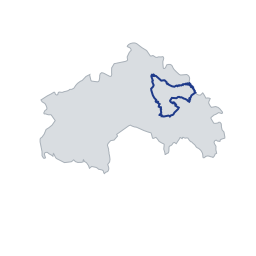 Kankan, Kankan, Guinea (highlighted), rotated 325°
{"feature_id": "49546643B29721322070698", "entity_name": "Kankan", "entity_type": "district", "adm_level": 2, "iso_a3": "GIN", "parent_name": "Guinea", "parent_adm1": "Kankan", "projection": "robinson", "projection_center": [-9.056, 10.226], "detail": "medium", "context": "in_parent", "style": "outline", "palette": "blue", "viewbox_px": 256, "rotation_deg": 325, "n_neighbors": 0, "source": "geoboundaries", "source_scale": "gbopen_adm2", "svg_char_len": 5429}
<svg xmlns="http://www.w3.org/2000/svg" viewBox="0 0 256 256"><g transform="rotate(325 128 128)"><path d="M153.3,167.0L151.5,166.7L150.7,167.1L148.3,170.3L146.9,171.5L144.6,171.1L143.8,171.3L143.2,171.0L144.1,169.2L145.2,165.8L148.2,162.3L148.2,161.6L147.0,159.5L145.8,156.8L145.8,153.8L145.5,151.7L142.9,151.1L142.4,150.7L142.4,150.0L143.8,146.3L144.0,145.5L143.8,144.8L142.2,142.9L139.7,139.4L135.4,132.2L133.8,130.7L132.3,128.5L131.7,127.1L130.1,126.6L115.1,126.7L114.8,128.6L109.7,129.9L106.5,128.4L103.0,129.2L101.3,130.2L99.9,134.4L99.2,135.3L98.4,137.2L97.7,138.2L96.9,140.3L95.3,143.3L93.5,145.2L90.5,146.2L89.5,149.3L88.8,150.5L87.7,151.4L86.4,152.0L84.0,151.4L82.6,151.9L82.4,151.1L83.2,148.7L82.6,147.4L80.2,144.8L80.0,143.6L79.3,142.0L76.2,138.7L73.3,138.9L74.1,136.2L74.1,132.5L73.1,130.5L73.4,128.5L72.8,128.6L71.9,130.0L70.3,129.5L67.1,127.4L65.6,125.3L65.4,123.5L65.0,122.8L64.1,123.1L62.1,123.1L56.1,119.9L51.8,111.8L51.8,110.0L52.4,106.9L52.2,106.1L50.3,108.1L49.9,106.7L48.4,103.5L48.0,101.7L46.6,100.8L45.4,100.7L44.5,101.3L43.3,105.1L42.4,105.0L41.5,104.2L41.7,101.4L44.1,97.9L48.0,89.0L49.4,87.0L50.3,86.2L52.1,86.2L55.7,85.0L60.1,82.2L63.4,82.4L67.4,82.1L72.6,80.2L72.6,74.2L72.5,72.9L70.6,71.7L69.6,70.6L68.7,69.3L67.5,68.4L67.6,67.4L69.9,66.1L72.0,66.1L72.7,65.6L73.2,64.8L73.8,62.6L74.0,60.3L72.7,57.3L72.8,55.1L80.3,55.4L84.5,56.0L87.9,56.2L88.4,56.7L87.9,58.8L88.4,60.0L89.5,60.4L91.4,58.9L92.4,59.2L94.5,61.1L96.5,61.6L98.7,62.5L100.7,63.1L102.5,63.0L103.9,64.0L106.4,64.4L109.7,63.1L112.2,62.5L115.8,62.4L117.7,62.8L123.2,61.7L127.5,62.3L126.8,63.0L124.9,67.8L125.1,68.7L129.5,72.7L130.5,73.0L131.7,72.5L133.6,70.6L135.1,68.6L136.5,67.6L138.2,67.6L139.5,69.1L142.6,75.1L143.4,75.8L144.2,75.8L145.5,74.7L146.2,73.4L149.1,69.4L153.6,67.4L164.2,72.0L165.8,72.3L166.7,72.0L168.1,69.3L172.1,67.0L174.0,66.4L175.1,66.3L175.5,65.6L175.7,64.5L175.5,63.3L174.3,61.3L174.2,60.7L174.9,60.3L176.5,60.0L178.4,60.2L180.7,61.1L182.5,62.4L183.5,63.9L185.5,70.2L187.7,75.2L187.6,81.8L188.6,82.5L189.7,82.8L190.2,83.3L191.3,86.1L192.4,86.9L193.6,87.1L195.9,88.8L197.4,89.5L197.6,90.0L197.5,90.8L197.0,91.7L194.7,93.5L193.6,95.1L191.4,98.9L191.3,99.6L191.8,100.1L192.7,100.2L193.7,99.9L195.8,98.5L197.4,99.0L199.0,100.1L199.6,101.2L199.8,102.6L199.4,104.4L199.3,106.5L199.9,110.0L200.7,113.6L201.5,114.8L206.8,117.9L207.3,119.1L207.6,120.4L207.2,122.2L206.6,123.2L203.8,125.9L203.3,127.2L203.5,129.7L203.8,140.0L204.9,141.7L206.2,142.6L209.4,142.1L209.3,145.0L208.9,148.2L210.7,149.2L211.7,150.2L212.2,151.1L209.3,152.8L208.4,153.8L208.0,156.5L208.1,158.9L212.1,160.7L213.6,162.8L214.2,164.9L214.5,169.0L214.1,169.9L213.1,169.9L211.1,167.4L208.1,167.2L205.8,166.7L202.1,167.0L201.4,167.8L201.0,173.2L201.9,174.1L203.7,175.1L204.9,175.5L205.8,175.4L206.6,176.1L206.8,177.8L206.2,179.1L205.3,180.4L204.0,183.5L204.3,186.3L202.2,190.9L201.5,191.8L198.7,190.9L196.9,190.6L195.6,191.7L193.7,189.9L193.4,188.6L192.7,188.3L191.5,188.3L190.3,189.0L189.8,190.5L189.6,193.4L187.5,196.2L186.1,199.6L184.4,199.3L184.0,199.7L182.3,200.6L180.7,200.9L180.3,200.0L179.4,199.2L178.4,197.7L177.3,196.6L175.1,195.7L174.3,196.1L173.2,196.0L172.6,195.5L172.7,194.8L173.8,193.0L174.5,191.4L174.8,189.6L174.8,187.8L174.2,185.4L173.2,183.5L173.0,182.4L173.1,180.8L172.9,179.3L172.6,178.5L172.1,175.7L171.5,175.2L171.2,173.0L171.3,170.7L170.5,169.8L169.1,169.2L168.4,168.3L167.9,167.3L167.4,167.0L167.0,167.1L166.6,167.7L166.2,167.8L165.4,165.7L165.1,165.6L164.6,166.1L158.5,168.5L157.7,166.4L156.5,166.1L154.5,166.9L153.3,167.0Z" fill="#d9dde1" stroke="#a8b0b8" stroke-width="1"/><path d="M203.5,137.6L203.4,136.5L204.0,135.7L203.8,135.4L204.1,134.3L203.9,133.0L204.3,132.8L204.1,132.1L204.4,131.9L204.2,131.7L204.5,131.7L204.6,131.0L204.3,130.8L204.3,130.1L203.6,130.0L204.0,129.3L203.8,128.7L203.3,129.0L203.1,128.5L203.4,128.2L203.1,127.8L204.2,127.7L204.1,127.2L203.4,127.2L203.8,126.5L203.0,126.4L202.5,125.8L201.9,126.2L201.8,125.6L200.9,125.5L201.0,125.0L200.8,124.9L200.3,125.4L199.8,124.7L198.3,123.8L197.7,124.2L197.4,123.7L196.2,123.8L194.4,122.3L193.9,122.6L193.2,121.9L192.5,122.1L191.9,121.0L189.7,120.8L188.0,119.1L186.3,116.1L186.1,114.8L185.4,114.6L185.4,113.3L185.9,112.8L185.4,110.1L185.0,109.6L182.4,108.3L180.8,101.5L180.0,100.6L179.2,100.5L178.6,99.9L179.7,99.3L179.6,98.9L179.0,98.9L178.2,98.1L177.3,98.5L176.7,99.2L175.5,103.5L174.7,103.6L174.3,104.3L173.6,107.6L172.3,108.5L169.5,109.1L168.7,110.5L167.1,115.5L166.8,118.6L167.2,121.1L166.0,121.9L165.9,122.3L166.0,123.1L166.5,123.2L166.8,123.6L167.5,123.4L167.7,123.8L166.9,124.7L167.6,126.5L167.1,126.6L165.4,128.1L166.0,129.4L166.8,129.7L166.7,130.2L166.0,131.1L165.9,131.6L165.4,131.7L163.9,134.7L161.7,135.3L161.9,135.5L161.7,135.7L162.8,136.4L163.0,136.9L162.7,137.4L163.3,138.3L163.0,138.3L164.0,139.2L168.2,141.0L168.8,141.8L168.9,142.6L170.6,142.3L172.0,142.9L173.0,142.9L174.8,142.0L179.9,141.2L181.3,140.4L180.2,138.3L180.1,137.0L179.7,136.9L179.9,136.3L180.6,136.2L180.4,135.6L180.7,135.2L180.3,134.6L180.5,134.0L180.3,133.3L179.8,132.9L178.9,133.4L178.0,131.5L177.9,130.3L178.2,129.7L181.2,128.5L184.8,131.4L186.9,131.3L187.8,131.9L188.3,132.9L189.2,133.3L190.2,134.8L190.3,135.5L191.6,137.1L192.7,139.5L192.5,139.8L192.8,140.9L193.1,141.0L193.3,141.6L193.9,141.3L194.0,140.5L194.2,140.3L194.4,140.6L194.9,139.9L195.3,140.1L195.6,139.5L195.3,138.9L195.6,138.7L196.7,139.0L198.7,137.7L203.5,137.6Z" fill="none" stroke="#1e3a8a" stroke-width="2"/></g></svg>